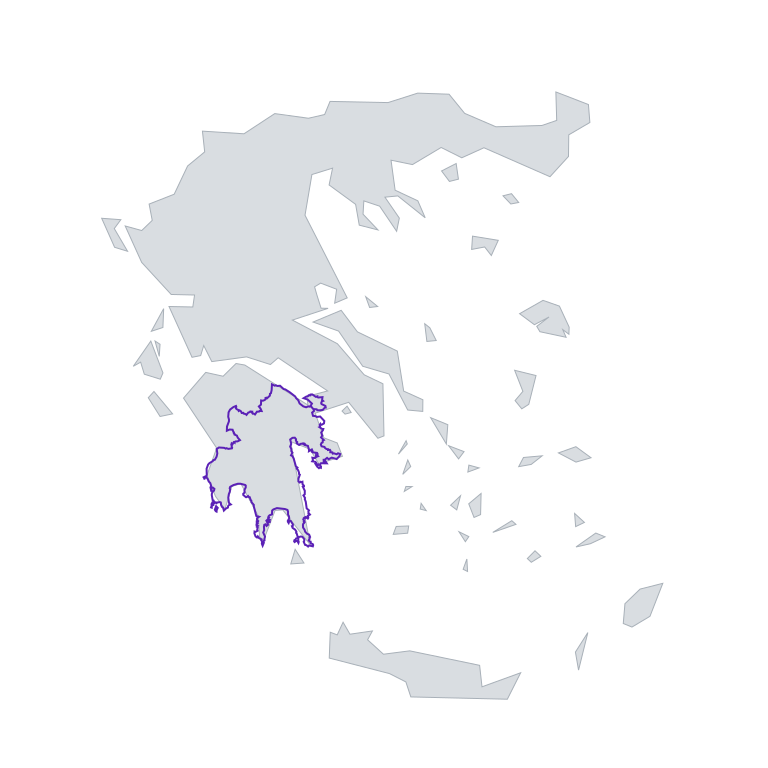 Peloponnisoy, Peloponnisos, Greece shown in context, rotated 6°
{"feature_id": "26713481B43531359458460", "entity_name": "Peloponnisoy", "entity_type": "district", "adm_level": 2, "iso_a3": "GRC", "parent_name": "Greece", "parent_adm1": "Peloponnisos", "projection": "equal_earth", "projection_center": [22.613, 37.264], "detail": "fine", "context": "in_parent", "style": "outline", "palette": "violet", "viewbox_px": 768, "rotation_deg": 6, "n_neighbors": 0, "source": "geoboundaries", "source_scale": "gbopen_adm2", "svg_char_len": 9861}
<svg xmlns="http://www.w3.org/2000/svg" viewBox="0 0 768 768"><g transform="rotate(6 384 384)"><path d="M524.4,75.6L558.1,84.7L561.4,102.4L541.7,116.9L543.7,138.4L527.4,160.5L458.7,138.6L437.7,150.9L416.1,142.8L389.4,162.8L367.6,160.7L374.8,190.1L398.5,198.3L407.6,214.4L378.1,195.5L365.4,198.1L381.9,217.4L380.6,230.8L361.1,207.6L344.8,204.0L345.4,217.3L361.9,231.4L342.8,228.6L337.0,208.3L308.6,191.8L310.3,174.7L290.4,183.2L287.8,224.4L338.4,302.2L326.5,308.8L327.0,294.7L310.4,290.3L304.8,294.6L308.0,302.6L313.5,315.2L320.5,314.6L286.2,330.0L333.4,348.8L363.3,376.9L382.9,383.9L389.4,435.6L383.6,438.6L350.8,405.9L318.6,420.2L329.8,443.8L343.6,447.5L350.2,460.3L327.4,470.1L317.2,456.5L297.1,451.0L327.5,551.7L296.5,519.8L288.9,521.1L280.6,551.8L276.3,549.2L272.7,528.3L252.1,498.1L243.4,501.7L238.9,525.0L228.2,513.4L217.5,493.3L224.3,465.2L186.1,419.0L205.5,391.1L223.2,393.1L234.7,379.1L243.6,379.7L310.5,412.9L308.7,404.4L328.7,396.8L276.0,369.0L269.0,376.5L244.5,371.4L210.4,379.7L200.7,364.6L198.7,374.9L190.3,377.5L162.1,329.4L185.8,327.4L186.3,315.3L163.0,317.2L130.3,288.4L110.1,253.9L127.0,256.7L136.4,245.5L131.6,229.6L155.5,217.2L165.9,187.7L181.4,171.9L177.0,151.5L218.6,149.8L247.1,126.5L281.1,127.6L296.8,122.2L300.8,108.6L358.6,103.7L387.1,91.2L418.4,89.0L435.9,106.4L468.4,116.5L514.0,110.4L528.2,103.8L524.4,75.6ZM376.3,636.4L398.3,630.8L394.4,640.1L411.7,652.8L437.5,646.7L508.5,653.8L513.1,674.9L550.1,656.9L539.6,684.6L443.4,692.4L436.9,678.0L419.6,671.4L358.2,662.3L356.5,636.5L363.7,638.4L368.2,625.2L376.3,636.4ZM333.7,315.2L352.1,334.9L393.8,349.9L404.3,389.0L424.3,395.6L425.4,407.2L410.3,407.4L387.9,373.5L361.0,368.6L333.3,336.1L307.0,329.8L333.7,315.2ZM550.3,288.2L562.2,308.1L562.7,315.2L556.1,311.2L560.2,318.5L533.6,315.7L529.9,310.7L541.1,300.1L527.4,309.3L511.5,299.9L533.4,284.2L550.3,288.2ZM656.0,599.8L647.0,597.2L646.6,577.3L660.1,561.2L682.1,553.1L672.8,587.2L656.0,599.8ZM530.1,389.1L523.6,394.3L516.1,386.8L522.9,376.8L512.5,356.7L534.3,359.7L530.1,389.1ZM147.6,365.7L163.0,396.1L161.0,402.6L144.6,399.3L139.7,387.7L132.8,392.6L147.6,365.7ZM115.1,278.8L101.8,276.2L85.9,248.7L105.1,248.1L99.5,257.6L115.1,278.8ZM482.6,229.2L477.3,245.0L469.8,237.2L457.1,241.0L456.6,227.7L482.6,229.2ZM581.4,426.3L597.6,435.7L583.1,441.6L564.7,434.3L581.4,426.3ZM436.6,172.5L427.9,175.7L419.0,166.1L432.7,157.2L436.6,172.5ZM156.0,415.5L176.9,435.8L164.7,439.7L151.0,422.3L156.0,415.5ZM493.7,503.8L487.5,507.3L480.8,494.3L492.0,482.7L493.7,503.8ZM451.7,417.8L452.3,437.2L433.9,412.6L451.7,417.8ZM612.7,609.9L607.4,648.2L602.4,630.6L612.7,609.9ZM158.2,350.9L147.1,355.9L157.0,332.1L158.2,350.9ZM323.1,570.4L310.1,572.7L312.9,557.7L323.1,570.4ZM592.0,526.0L610.2,510.1L619.8,512.9L605.9,521.3L592.0,526.0ZM526.6,452.1L530.4,442.5L548.8,438.9L538.8,448.6L526.6,452.1ZM471.8,487.1L469.5,501.6L462.9,497.6L471.8,487.1ZM470.7,442.9L466.0,450.7L454.7,438.6L470.7,442.9ZM431.4,335.3L422.2,337.2L418.2,319.8L423.7,323.3L431.4,335.3ZM499.0,189.4L491.3,191.7L482.7,184.4L490.9,181.4L499.0,189.4ZM423.4,522.6L423.1,529.9L408.9,532.6L411.0,524.4L423.4,522.6ZM529.9,509.8L507.7,520.2L525.4,506.6L529.9,509.8ZM413.4,441.2L405.7,452.2L411.9,438.1L413.4,441.2ZM487.3,457.5L476.6,462.8L476.9,455.8L487.3,457.5ZM558.0,539.0L549.1,545.9L544.8,542.6L551.6,534.1L558.0,539.0ZM597.8,500.7L589.5,505.8L587.1,492.8L597.8,500.7ZM419.2,463.3L412.1,471.9L415.6,457.1L419.2,463.3ZM157.1,367.9L157.6,380.0L151.8,365.2L157.1,367.9ZM484.3,526.9L481.4,532.3L474.0,523.1L484.3,526.9ZM369.6,307.6L361.7,309.4L356.7,299.1L369.6,307.6ZM354.3,415.8L348.4,418.0L345.1,415.3L349.6,409.9L354.3,415.8ZM422.6,483.1L415.4,488.7L416.5,483.6L422.6,483.1ZM484.7,549.4L486.7,561.7L482.1,560.0L484.7,549.4ZM439.2,505.5L433.1,504.6L433.4,498.8L439.2,505.5Z" fill="#d9dde1" stroke="#a8b0b8" stroke-width="1"/><path d="M224.4,466.1L225.5,470.5L225.1,473.8L223.7,477.0L222.2,477.6L221.7,478.7L218.7,480.9L217.5,482.5L216.4,486.8L217.2,492.7L217.0,495.2L218.6,496.9L219.9,499.3L221.6,500.7L222.7,503.3L222.4,504.6L222.6,505.4L224.4,504.8L226.3,506.0L226.1,507.8L224.9,509.0L224.3,510.6L224.3,512.4L225.8,517.6L226.7,517.7L227.5,519.3L229.1,519.3L230.0,520.0L230.4,519.3L233.1,518.6L234.1,518.9L234.6,521.3L235.8,523.2L236.9,523.8L238.0,526.6L239.9,524.3L241.7,523.2L241.7,521.8L242.2,520.8L244.2,519.8L242.2,518.4L241.0,513.2L241.2,509.7L241.9,507.3L242.0,504.8L241.4,503.8L241.8,502.3L244.9,500.2L249.0,498.5L251.7,498.2L256.4,498.9L257.1,499.4L257.3,501.3L256.3,504.0L256.7,506.6L255.5,507.8L255.6,509.0L258.5,511.0L259.2,510.9L260.5,509.6L261.3,510.5L262.3,510.6L263.6,513.5L264.2,513.8L264.6,515.4L267.2,517.9L267.2,519.0L270.8,528.6L273.6,529.1L272.0,530.4L271.7,531.5L272.2,533.1L273.2,533.5L273.1,534.1L271.8,534.1L272.0,535.7L272.7,536.1L271.9,536.8L271.9,537.6L273.4,538.3L272.5,539.4L273.4,540.0L273.1,541.9L273.7,543.1L271.3,544.7L270.7,544.4L270.7,546.0L272.2,549.0L273.7,549.9L274.4,548.7L275.8,550.3L278.5,551.4L278.3,552.4L279.3,553.3L279.2,555.6L280.2,557.5L281.1,554.4L280.2,553.1L281.5,552.1L281.3,550.7L281.6,548.2L279.4,544.3L280.1,541.9L279.5,538.4L279.7,536.5L280.9,535.9L282.0,537.4L283.3,536.2L283.1,535.1L281.3,532.2L282.1,531.3L283.6,531.9L284.2,533.3L284.9,533.0L284.5,532.1L284.7,531.0L282.9,530.3L282.8,529.3L283.5,528.8L282.9,528.3L283.0,527.7L283.9,526.5L286.2,525.4L286.0,521.5L287.1,520.3L290.5,518.6L298.5,518.7L301.1,519.3L301.9,520.9L302.2,523.9L303.2,525.4L303.8,527.4L302.6,530.2L302.8,531.1L303.7,532.2L304.3,529.7L305.6,530.0L308.1,533.2L308.1,534.7L307.3,535.0L307.6,535.6L308.2,536.7L310.8,538.1L312.0,539.6L312.4,540.3L312.1,541.2L312.9,542.0L313.9,544.5L315.2,545.2L317.4,544.3L318.9,544.6L320.9,546.6L321.1,548.4L320.6,549.3L322.4,552.3L323.7,552.4L325.5,553.6L326.4,552.4L330.2,552.9L330.4,551.6L329.9,550.7L327.9,550.1L327.5,548.4L326.4,548.3L325.4,547.3L326.2,545.8L326.0,544.6L326.5,543.9L325.3,541.6L323.2,541.0L321.0,539.1L320.2,537.2L318.5,535.2L318.1,532.5L318.4,531.2L319.0,530.6L319.0,529.7L320.4,529.3L319.1,529.6L318.6,529.2L318.9,528.2L317.9,527.3L318.2,525.8L318.7,525.3L319.5,525.7L319.8,524.5L320.3,524.3L321.0,525.2L322.3,525.8L322.7,525.0L322.1,522.9L324.0,521.6L323.2,520.8L321.5,520.4L322.5,520.5L322.1,518.6L322.6,517.5L320.1,515.8L318.5,509.3L317.2,506.7L317.4,505.6L315.5,503.2L316.7,502.0L316.4,498.5L314.0,494.6L315.1,494.1L315.0,493.4L313.6,492.4L313.1,489.8L312.3,490.3L311.4,489.9L310.5,490.8L309.1,489.8L308.8,487.1L309.8,483.0L308.9,482.4L308.7,480.9L307.6,478.7L306.1,477.3L306.7,476.2L305.0,475.2L302.0,467.6L300.4,465.2L299.0,464.7L300.1,461.8L298.9,460.5L298.6,458.2L297.2,456.1L298.0,453.2L296.5,449.0L298.6,447.1L300.9,446.7L302.3,448.1L302.2,449.1L303.0,450.5L303.7,450.7L303.8,451.5L303.4,451.9L303.7,452.3L305.6,453.4L306.3,453.4L307.1,452.3L309.1,451.8L311.2,452.7L310.5,451.8L309.1,451.4L311.2,451.6L311.9,452.3L311.8,453.0L314.8,453.5L316.4,457.6L316.4,458.6L319.1,456.6L319.9,458.0L319.4,458.9L320.1,459.4L324.6,459.5L325.3,460.5L325.3,462.1L326.0,462.7L325.2,463.1L323.9,462.0L323.9,464.1L323.0,464.9L320.5,464.8L321.3,467.2L320.7,468.4L323.9,468.6L324.8,469.4L324.7,470.2L324.1,470.5L325.1,471.8L326.6,470.7L327.0,471.5L325.7,472.2L326.1,473.1L328.1,474.5L328.8,473.7L330.0,474.0L330.0,472.7L328.6,471.1L329.6,469.4L335.4,468.9L334.7,468.0L333.4,468.3L333.2,467.8L333.6,467.2L333.1,467.0L332.1,467.2L331.9,465.7L334.3,465.4L333.3,465.2L335.1,463.4L336.8,464.6L339.7,462.7L344.8,463.6L347.3,460.3L347.7,458.2L345.5,457.7L344.3,458.8L341.5,458.2L340.3,458.6L339.8,457.4L337.7,457.5L337.7,455.8L337.1,455.1L335.2,455.5L335.1,454.7L333.6,454.7L331.8,453.6L331.4,452.8L328.4,452.5L327.5,450.8L328.0,449.2L329.1,448.5L329.0,446.6L330.0,446.0L327.0,443.7L328.0,441.8L326.6,438.8L328.1,436.3L328.3,435.1L327.2,435.2L324.4,433.7L325.0,433.4L324.3,431.4L324.9,430.4L325.2,431.0L326.2,431.1L328.4,429.5L328.5,427.0L323.9,423.0L320.5,423.8L319.2,423.1L316.7,423.1L315.5,419.9L317.2,418.2L316.7,416.7L313.2,413.4L312.5,414.3L310.9,414.2L309.0,415.3L306.1,414.7L302.1,412.2L300.4,409.1L298.1,407.3L297.0,405.7L291.2,402.1L286.4,399.7L284.7,399.5L280.8,396.6L278.1,397.1L276.4,396.6L275.6,397.1L272.6,396.1L272.9,401.8L272.5,405.0L271.6,405.7L271.7,407.5L269.2,410.4L268.4,409.9L267.6,410.3L267.8,411.5L267.0,412.4L265.3,413.3L263.5,413.2L263.8,417.4L261.9,419.4L263.8,421.4L265.1,423.7L263.1,423.8L262.6,424.5L260.5,424.8L258.9,427.8L257.2,426.9L256.5,427.2L255.5,426.0L255.7,425.3L253.9,425.3L253.5,426.0L252.0,426.6L250.5,429.1L249.6,428.4L247.5,428.1L247.1,427.4L245.5,427.7L244.7,426.2L243.1,425.3L242.3,426.0L241.7,425.0L240.0,424.4L239.2,423.5L239.5,422.1L239.1,421.3L236.6,422.7L233.6,425.5L232.4,428.4L232.5,432.9L233.5,435.4L233.7,437.3L232.3,442.7L232.6,446.9L235.2,445.4L238.2,445.3L239.2,447.4L239.8,447.8L239.8,448.7L240.6,449.2L240.6,449.9L243.1,450.7L244.1,452.6L246.6,454.9L244.3,456.4L242.5,456.6L241.4,457.3L241.5,458.0L240.6,457.6L239.7,459.6L238.7,459.0L238.5,460.2L238.9,460.3L239.1,462.4L239.6,463.0L239.5,463.9L236.0,464.8L234.1,464.3L233.3,464.8L231.8,464.2L226.5,464.4L224.4,466.1ZM324.2,403.5L320.0,404.3L318.9,403.9L318.9,403.3L317.5,403.9L313.9,401.9L312.5,402.0L311.8,402.3L311.8,403.0L310.2,403.1L309.6,404.1L308.1,404.6L305.6,406.5L309.8,407.5L314.4,411.0L313.3,413.4L316.3,416.3L319.7,416.2L320.4,417.1L323.2,416.8L325.7,416.2L327.6,413.7L328.5,413.5L328.0,411.9L324.0,410.5L323.5,409.5L324.0,407.8L325.2,407.2L324.1,406.4L324.2,403.5ZM315.1,548.9L314.9,545.9L312.7,546.8L312.3,547.9L311.2,548.7L311.1,550.0L311.7,550.5L312.8,549.3L314.1,549.1L315.5,551.0L315.7,549.9L315.1,548.9ZM230.8,528.4L230.8,526.6L231.6,524.6L229.8,523.1L228.9,526.7L230.0,528.1L230.8,528.4ZM227.4,520.6L225.7,519.8L225.0,521.5L225.3,523.1L224.9,524.8L225.6,525.0L225.5,523.0L226.9,522.2L226.6,521.2L227.4,520.6ZM215.9,495.9L215.8,494.7L214.4,495.6L215.1,496.3L215.1,497.7L215.9,495.9ZM223.6,509.1L223.7,507.9L223.0,505.5L222.4,505.5L223.6,509.1Z" fill="none" stroke="#5b21b6" stroke-width="2"/></g></svg>